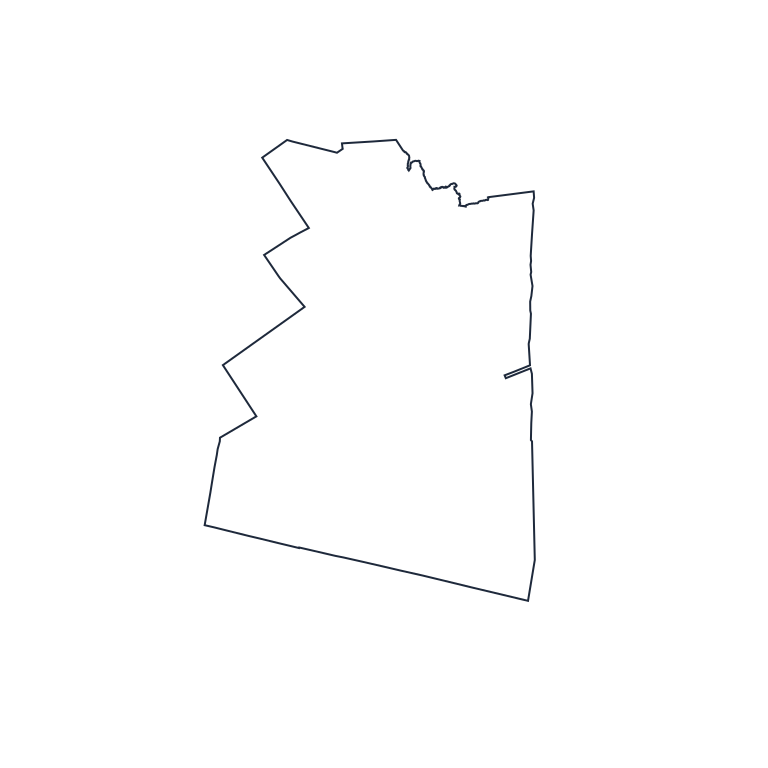 General Juan Madariaga, Buenos Aires, Argentina, rotated 330°
{"feature_id": "61730980B92703930088749", "entity_name": "General Juan Madariaga", "entity_type": "district", "adm_level": 2, "iso_a3": "ARG", "parent_name": "Argentina", "parent_adm1": "Buenos Aires", "projection": "equal_earth", "projection_center": [-56.992, -37.156], "detail": "fine", "context": "isolated", "style": "outline", "palette": "slate", "viewbox_px": 768, "rotation_deg": 330, "n_neighbors": 0, "source": "geoboundaries", "source_scale": "gbopen_adm2", "svg_char_len": 5734}
<svg xmlns="http://www.w3.org/2000/svg" viewBox="0 0 768 768"><g transform="rotate(330 384 384)"><path d="M609.9,292.0L567.6,274.3L567.4,274.3L567.4,274.6L567.5,274.7L567.3,275.3L567.0,275.6L566.9,275.8L566.1,276.1L566.0,276.6L565.8,276.6L565.1,275.9L564.7,275.6L564.0,275.6L563.8,275.4L563.4,275.5L562.9,275.4L562.6,275.3L562.3,274.9L561.5,274.7L561.1,274.7L559.6,273.9L559.3,273.8L558.9,273.9L558.2,273.6L557.0,273.6L556.5,273.8L556.1,274.2L555.5,274.3L555.1,274.2L554.0,273.4L553.1,273.2L552.9,273.2L552.6,273.0L552.4,272.9L552.1,272.5L551.9,272.4L551.5,272.4L551.1,272.1L550.7,272.0L550.1,271.6L549.6,271.5L548.9,271.2L548.7,271.2L548.0,270.8L547.3,270.6L546.7,270.6L546.0,270.5L545.5,270.5L545.0,270.2L544.8,270.3L543.8,270.4L543.7,270.5L543.7,270.9L543.6,271.2L543.5,271.3L543.4,271.2L543.3,270.8L543.1,270.7L542.9,270.5L542.7,270.3L542.4,270.3L542.2,270.1L542.1,269.9L542.1,269.7L541.9,269.6L541.3,269.4L540.6,268.7L540.1,268.4L539.9,268.2L539.7,268.2L539.1,267.6L539.0,267.4L539.1,267.1L539.1,266.8L538.9,266.8L538.8,267.0L538.5,266.9L538.8,266.6L539.4,266.4L539.5,266.2L540.1,266.0L540.3,265.7L540.6,264.8L540.8,263.9L540.9,263.7L541.3,262.8L541.9,262.3L541.9,262.1L541.9,261.8L541.9,261.6L541.8,261.4L541.5,261.3L541.5,260.9L541.8,260.5L543.0,260.4L543.4,260.2L543.8,259.9L543.9,259.7L543.9,259.3L543.7,258.1L543.7,257.8L543.7,257.5L543.7,257.3L543.8,257.2L544.0,257.3L544.3,257.5L544.4,257.4L544.4,257.0L544.4,256.8L544.2,256.6L543.8,256.6L543.6,256.7L543.4,256.8L543.3,256.7L543.2,256.5L543.3,256.2L543.2,256.1L542.9,256.0L542.7,255.7L542.5,255.2L542.6,254.9L542.7,254.6L542.8,254.1L542.9,252.5L542.7,252.0L542.7,251.7L542.4,251.2L542.4,250.5L542.6,249.9L542.8,249.7L543.1,249.4L543.3,249.1L543.6,248.5L544.0,248.8L544.3,248.7L544.8,248.7L544.9,248.9L545.2,248.7L545.7,248.8L546.1,248.5L546.2,248.3L546.1,248.0L546.1,247.6L545.8,246.0L545.0,245.2L544.7,245.0L543.4,244.8L543.1,244.7L542.9,244.8L542.1,244.4L541.4,244.4L540.5,244.7L540.1,244.7L539.9,244.8L540.0,245.1L539.5,245.3L538.5,245.1L538.1,245.2L537.7,245.1L537.4,245.2L537.0,245.3L536.7,245.2L536.8,244.9L536.9,244.7L536.7,244.5L536.6,244.9L536.5,245.1L535.8,245.1L535.4,244.7L535.5,244.3L535.4,244.0L535.0,243.9L534.8,244.0L534.7,244.1L534.7,244.3L534.2,244.0L533.9,244.0L533.8,243.9L533.8,243.6L533.8,243.2L533.7,243.0L533.6,242.9L533.2,242.9L533.0,242.6L533.0,242.4L532.9,242.3L532.5,242.2L532.1,242.4L531.6,242.0L531.3,242.0L531.4,242.4L530.9,242.5L530.4,242.5L530.0,242.4L529.3,242.1L528.9,242.0L528.7,241.9L528.4,241.8L527.7,241.5L527.6,241.4L527.2,241.0L527.5,240.6L527.2,240.4L526.8,240.4L526.7,240.7L526.6,240.8L526.4,240.8L525.6,240.5L525.6,240.2L525.1,239.9L524.8,239.7L524.5,239.7L524.3,239.8L523.5,239.9L523.3,240.2L523.0,240.2L523.0,239.8L523.1,239.1L523.1,238.9L523.1,238.4L523.0,238.0L522.8,237.4L522.8,236.7L522.5,236.6L522.5,236.4L522.7,236.2L522.6,235.9L522.4,235.7L522.5,235.5L522.6,234.5L522.5,234.4L522.4,234.1L522.5,233.7L522.3,233.0L522.3,232.4L522.0,232.0L522.0,231.4L521.9,231.2L522.0,230.9L521.9,230.7L522.0,230.0L522.0,229.7L521.9,229.6L521.9,229.0L521.9,228.9L522.1,228.6L522.1,228.3L522.1,228.2L522.2,227.8L522.3,227.5L522.4,226.6L522.4,226.3L522.4,226.1L522.8,225.5L522.9,225.0L522.7,224.6L522.7,224.1L522.7,223.3L522.8,223.0L522.9,222.7L523.1,222.7L523.3,221.9L523.5,221.5L523.7,221.1L523.8,221.0L524.0,220.9L524.2,220.7L524.5,220.0L524.8,220.0L524.9,219.8L524.9,219.7L525.1,219.3L525.0,219.1L525.1,218.9L525.0,218.5L524.9,218.5L524.8,218.3L524.7,217.6L524.5,217.3L524.7,216.8L524.8,216.7L524.7,216.4L524.7,216.2L524.7,215.7L524.8,215.2L524.8,214.8L524.8,214.6L524.8,214.3L524.5,214.0L524.5,213.7L524.8,213.1L525.0,213.0L525.2,212.5L525.5,212.0L525.7,211.3L525.6,210.9L525.5,210.7L525.6,210.2L525.8,209.8L525.7,209.1L525.8,208.8L526.2,208.5L525.6,207.9L524.0,207.5L523.4,206.9L523.2,206.7L522.6,206.3L521.2,206.1L520.6,205.8L520.0,205.8L519.4,206.1L518.8,206.1L518.5,205.9L518.2,205.8L518.1,206.2L517.6,206.4L517.2,206.6L516.9,207.0L516.5,207.3L516.1,208.1L515.7,208.4L515.5,209.0L515.0,210.1L514.8,210.1L514.7,210.2L514.4,210.5L514.0,210.6L513.9,210.7L513.6,210.8L513.4,210.8L513.3,211.0L512.8,211.1L512.4,211.3L512.5,211.4L512.3,211.5L512.2,208.7L512.6,208.7L512.8,208.3L512.9,208.1L513.7,207.3L513.9,206.9L513.8,206.7L515.0,204.8L515.7,204.6L515.9,204.2L516.0,203.8L516.1,203.7L516.4,203.3L516.5,203.2L516.8,203.1L517.1,202.6L517.4,202.4L517.5,202.3L517.9,202.3L517.9,202.0L518.6,201.2L518.9,201.0L519.0,200.8L519.2,200.5L519.2,200.1L519.6,199.5L519.8,198.9L519.8,198.1L519.6,197.7L519.5,197.2L519.3,197.0L519.3,196.3L519.0,196.2L518.9,196.0L518.9,195.8L518.9,195.1L518.9,194.5L518.7,194.2L518.4,194.0L518.3,193.9L518.0,193.7L518.1,193.4L517.7,193.1L517.7,192.9L517.8,192.5L517.3,191.5L517.2,191.4L516.5,178.6L496.2,168.7L467.9,154.6L466.3,158.3L465.8,159.7L458.9,160.2L457.0,158.3L426.0,128.3L422.1,124.2L391.7,127.1L393.7,158.2L394.7,178.8L396.9,211.3L387.2,210.9L382.3,210.8L376.1,210.6L344.7,212.3L346.6,237.8L346.9,240.7L353.8,277.5L253.9,287.1L257.3,348.2L215.1,348.5L213.1,351.6L207.4,357.2L203.7,361.9L195.7,371.2L193.4,374.0L185.7,383.4L179.2,391.4L158.1,416.6L165.4,423.4L174.6,432.3L190.8,447.9L199.1,455.7L213.0,469.0L222.3,477.8L228.4,483.6L228.8,483.2L235.7,489.6L255.8,508.4L262.1,513.9L276.2,526.9L296.9,546.2L305.0,553.8L321.6,569.1L329.7,576.8L357.9,603.7L400.3,643.8L426.6,611.8L483.5,507.7L483.2,506.0L492.0,491.5L498.3,481.8L501.1,474.9L508.0,466.3L517.2,449.1L518.7,443.7L492.4,439.9L492.8,436.8L502.2,438.3L519.8,440.8L529.3,421.7L530.1,420.7L532.9,417.7L546.4,396.6L547.4,393.5L551.8,385.7L555.6,381.5L561.6,373.4L565.4,363.2L565.7,362.5L567.5,360.6L570.5,354.0L572.9,351.0L575.1,346.4L587.0,328.4L600.4,308.5L602.9,302.2L607.1,297.8L609.9,292.0Z" fill="none" stroke="#1e293b" stroke-width="2"/></g></svg>